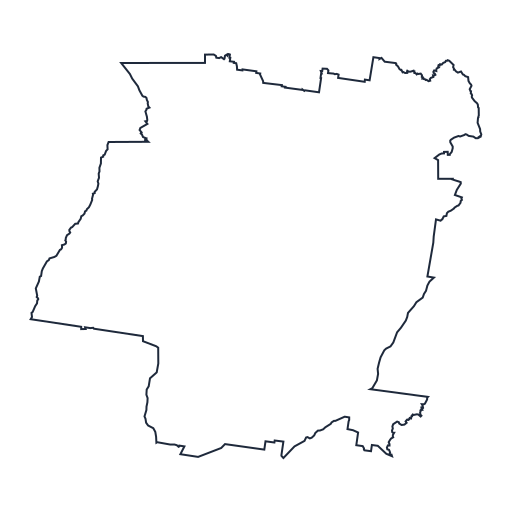 the district of Ararat, Victoria, Australia
{"feature_id": "25037944B36221284354416", "entity_name": "Ararat", "entity_type": "district", "adm_level": 2, "iso_a3": "AUS", "parent_name": "Australia", "parent_adm1": "Victoria", "projection": "robinson", "projection_center": [143.025, -37.489], "detail": "fine", "context": "isolated", "style": "outline", "palette": "slate", "viewbox_px": 512, "rotation_deg": 0, "n_neighbors": 0, "source": "geoboundaries", "source_scale": "gbopen_adm2", "svg_char_len": 5895}
<svg xmlns="http://www.w3.org/2000/svg" viewBox="0 0 512 512"><path d="M395.8,63.1L384.7,61.7L381.5,57.9L379.5,59.0L379.6,58.1L373.4,57.2L369.6,80.3L364.9,79.6L364.7,81.8L338.1,77.9L338.6,74.6L336.7,73.9L334.8,74.2L333.6,73.6L328.0,73.1L328.4,70.4L327.0,68.8L322.6,68.6L322.2,71.1L320.8,71.0L321.6,73.2L321.2,73.1L320.5,78.0L321.1,78.1L319.0,92.3L304.9,90.3L304.3,90.9L302.4,89.4L302.3,89.9L285.1,87.6L285.4,86.8L281.7,86.3L281.9,85.1L263.2,82.9L263.1,81.1L260.0,74.4L260.2,73.5L256.2,72.9L256.4,71.3L242.5,69.4L242.4,70.4L237.1,69.7L236.9,66.2L236.2,63.2L233.8,62.9L234.0,61.8L229.8,61.3L230.3,57.8L229.4,57.7L229.9,54.5L228.8,54.1L228.0,54.0L227.4,55.6L226.6,54.7L225.0,55.7L224.5,58.7L224.0,59.2L221.1,57.1L219.2,58.1L216.3,57.7L215.9,55.9L213.7,54.5L205.0,54.6L205.0,62.9L121.2,63.0L129.9,74.0L132.2,78.6L137.9,86.3L139.4,90.3L142.4,95.8L143.5,96.6L145.4,96.9L146.5,98.0L146.8,99.8L147.9,102.0L147.7,103.4L148.3,106.4L149.4,107.6L146.6,108.7L146.4,109.8L145.4,111.4L146.9,116.7L147.3,120.0L147.0,121.0L145.4,121.3L147.4,123.9L140.4,127.9L139.6,130.0L141.7,132.5L141.4,133.2L140.1,132.9L142.0,134.6L143.0,137.0L146.0,138.2L145.2,139.1L145.1,140.5L145.6,140.7L146.6,139.5L146.7,140.3L148.3,141.8L108.6,142.0L107.4,145.1L107.6,149.3L106.1,150.9L104.7,154.6L103.2,155.4L103.2,156.7L101.0,157.6L100.9,163.5L99.4,167.8L99.5,171.4L98.7,173.6L99.0,177.8L97.7,181.3L98.4,183.7L97.8,186.6L97.0,189.4L94.7,191.8L94.7,193.1L92.9,193.7L93.1,194.6L92.0,198.8L92.2,199.9L90.3,204.6L88.9,207.3L86.9,209.2L86.4,210.6L85.0,211.4L84.5,213.6L82.7,215.5L81.3,216.2L80.7,218.8L78.4,222.1L78.0,223.5L75.2,223.8L72.2,227.1L71.0,227.6L69.3,229.9L69.4,231.1L70.2,232.5L69.4,233.6L67.0,235.2L65.8,238.0L65.7,239.7L65.3,240.3L66.1,241.7L65.8,243.5L64.4,244.5L61.9,245.2L62.1,247.2L61.8,248.3L61.0,249.4L59.9,249.9L56.4,255.8L54.3,257.0L49.5,258.4L48.8,260.1L46.9,261.4L42.9,268.4L41.8,271.1L41.1,276.0L39.8,276.7L38.9,281.5L35.8,288.4L37.2,295.7L36.7,297.0L38.1,298.4L38.2,299.4L37.3,300.4L37.0,303.4L35.2,306.1L32.7,311.9L31.5,312.9L32.0,317.0L30.7,319.2L81.2,326.8L81.2,329.1L85.6,329.0L85.1,327.3L90.3,328.1L93.2,327.8L93.9,328.7L142.9,336.1L143.0,341.2L156.3,346.3L158.2,347.7L158.3,363.5L156.7,372.4L150.0,378.3L148.7,386.3L146.7,389.5L146.4,394.7L147.6,398.1L147.4,402.3L146.5,406.6L146.4,410.0L144.5,416.4L145.5,418.8L146.1,422.7L148.1,425.5L153.3,428.2L155.3,431.9L156.1,436.8L156.4,442.7L157.2,442.2L170.0,444.5L174.4,444.5L176.8,445.2L178.6,446.8L179.3,446.4L179.4,445.6L184.4,446.4L180.4,454.2L198.1,456.9L221.2,448.0L225.0,444.1L264.3,449.6L265.5,441.3L274.4,442.5L274.7,440.5L283.4,441.6L281.4,455.2L281.5,455.9L283.4,458.0L294.5,446.4L304.5,440.9L306.1,437.5L307.5,437.1L309.8,438.4L311.7,437.7L314.2,435.4L315.3,433.0L317.9,430.6L320.0,430.5L323.2,429.3L325.3,427.3L330.7,423.9L331.6,422.4L333.9,420.9L335.3,420.9L344.7,416.7L349.2,417.4L349.2,419.9L348.6,421.4L347.5,429.1L353.0,430.2L358.1,432.5L356.3,445.2L362.7,446.1L364.0,448.4L363.9,449.5L364.4,450.3L371.0,451.2L371.9,445.0L377.8,445.8L386.3,453.8L392.0,456.2L391.5,454.6L390.5,454.7L389.6,453.7L390.1,452.6L389.5,450.9L389.0,449.8L387.3,449.3L386.9,447.5L387.9,445.4L389.5,445.5L389.5,444.1L388.7,442.2L390.1,439.8L391.1,438.5L393.2,437.3L392.8,436.4L392.9,434.9L394.1,432.8L393.1,432.8L392.2,432.1L392.0,430.5L392.8,428.5L392.4,426.4L393.2,424.2L397.1,421.6L398.8,422.2L399.2,423.5L401.6,425.0L404.4,424.6L406.6,422.8L405.6,421.4L407.0,419.7L408.2,419.9L408.4,419.3L409.3,419.3L409.7,418.0L411.1,418.4L411.4,416.3L412.1,416.2L412.1,415.3L412.8,414.5L413.5,415.0L416.8,414.3L418.3,414.5L420.6,416.5L421.4,415.7L420.4,414.6L420.1,412.4L420.6,411.3L420.4,410.5L420.6,410.1L422.1,409.9L421.6,409.2L421.4,407.4L421.9,407.3L422.8,408.3L423.1,407.9L422.5,405.4L421.8,404.2L423.7,404.3L424.9,403.7L427.1,399.5L427.2,397.6L427.9,396.9L370.4,389.2L372.3,388.2L376.9,380.4L378.1,373.9L377.6,368.8L379.1,362.5L380.6,357.3L384.3,350.3L386.1,348.6L390.5,346.4L393.3,342.5L397.1,332.3L400.9,327.8L405.8,320.6L407.2,317.0L408.0,312.9L413.9,306.2L416.4,302.2L422.7,297.6L424.0,293.9L426.0,290.8L427.4,285.5L429.5,281.6L433.9,277.6L427.4,276.5L433.3,242.7L433.7,236.5L436.0,219.4L440.6,220.7L441.7,219.5L442.3,219.4L443.7,216.4L446.4,215.9L446.9,213.2L448.3,211.7L450.8,210.7L454.1,208.4L454.4,207.7L457.3,205.8L458.5,205.5L460.5,202.8L460.7,201.0L461.9,199.9L461.4,198.6L461.9,197.4L454.9,195.0L456.8,189.9L460.8,183.6L460.7,182.1L452.2,179.4L452.5,178.8L438.2,178.8L438.1,160.1L434.6,158.1L439.3,154.5L441.6,153.5L444.0,153.4L444.0,151.9L447.7,151.8L447.8,154.9L449.7,154.9L449.7,154.3L451.7,151.9L452.7,148.2L452.7,146.5L450.3,142.3L450.2,140.7L450.8,139.8L454.1,137.6L458.5,136.0L460.1,136.5L464.3,135.0L465.4,134.2L466.6,134.5L468.7,135.9L473.4,136.6L475.7,138.2L477.9,138.2L480.0,137.0L479.3,136.7L481.0,135.5L481.3,134.4L480.2,131.5L480.1,129.1L477.6,122.8L478.0,117.9L478.5,117.3L478.4,116.4L478.8,115.5L478.7,108.0L478.1,107.4L477.8,104.5L477.0,103.2L474.6,101.1L471.9,97.5L471.8,96.1L472.1,95.4L471.7,94.2L470.8,93.5L471.0,91.3L470.5,91.2L469.7,89.2L471.5,85.8L471.1,84.6L469.8,83.3L468.5,81.0L468.1,77.1L465.3,76.2L463.9,74.8L462.9,74.5L461.0,71.5L457.9,72.6L455.9,71.3L454.5,69.5L453.9,69.6L453.9,68.5L453.1,67.1L453.6,65.0L449.3,60.8L447.7,60.2L447.3,60.7L445.9,60.8L445.2,62.1L443.2,62.9L441.7,64.6L440.1,64.2L439.8,65.4L438.6,65.1L438.2,66.4L438.9,67.4L436.7,68.4L436.2,70.1L436.3,71.0L434.2,70.4L433.4,71.8L433.6,72.9L434.7,73.5L435.4,74.8L434.4,75.4L433.0,75.3L433.3,77.0L430.8,77.9L429.8,79.2L430.2,80.7L428.6,81.2L426.5,79.8L425.7,80.0L425.1,79.3L423.6,79.0L423.5,78.4L422.4,78.5L422.8,77.3L421.8,76.9L422.0,75.3L420.7,73.6L418.2,74.0L417.5,73.6L416.7,74.4L415.5,73.1L414.4,73.0L414.4,71.4L413.7,71.4L413.5,70.7L410.5,71.7L408.8,71.7L407.7,71.0L407.7,71.6L407.1,71.5L407.2,72.9L405.1,73.0L403.3,72.0L402.6,72.3L401.4,69.9L400.9,70.1L399.5,69.1L398.0,66.4L396.1,64.7L396.3,63.9L395.8,63.1Z" fill="none" stroke="#1e293b" stroke-width="2"/></svg>